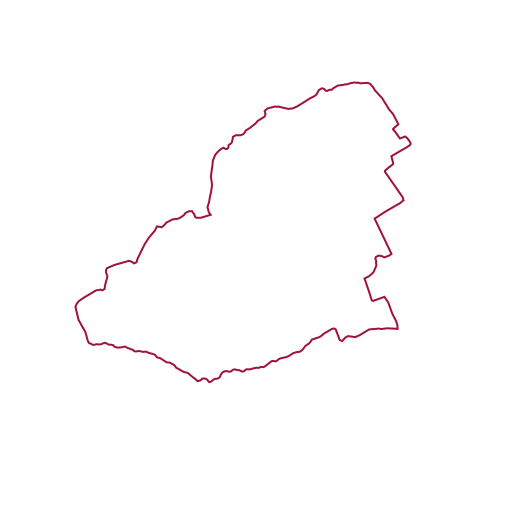 the district of Masagua, Escuintla, Guatemala, rotated 244°
{"feature_id": "79465075B43224707646328", "entity_name": "Masagua", "entity_type": "district", "adm_level": 2, "iso_a3": "GTM", "parent_name": "Guatemala", "parent_adm1": "Escuintla", "projection": "robinson", "projection_center": [-90.832, 14.098], "detail": "fine", "context": "isolated", "style": "outline", "palette": "rose", "viewbox_px": 512, "rotation_deg": 244, "n_neighbors": 0, "source": "geoboundaries", "source_scale": "gbopen_adm2", "svg_char_len": 5383}
<svg xmlns="http://www.w3.org/2000/svg" viewBox="0 0 512 512"><g transform="rotate(244 256 256)"><path d="M169.0,148.7L168.8,150.4L168.6,151.1L168.7,151.7L168.9,152.8L169.3,153.6L169.1,154.9L168.5,156.0L167.7,156.9L167.2,157.4L166.2,157.9L165.0,158.2L164.1,158.4L163.5,158.5L162.9,159.1L162.8,160.1L163.0,161.2L163.3,162.7L163.5,163.5L163.6,164.2L163.5,165.2L163.3,166.0L162.9,166.8L162.7,168.4L162.7,169.4L163.1,170.6L163.8,171.3L164.7,172.3L165.3,173.2L165.8,174.3L166.1,175.1L166.2,175.8L166.1,176.7L166.0,177.6L165.8,178.4L165.4,179.1L164.9,179.7L164.3,180.5L163.7,181.3L163.4,181.9L163.3,183.1L163.5,183.8L163.7,184.9L163.8,185.8L163.6,186.7L163.3,187.4L162.9,187.9L162.2,188.6L161.5,189.5L160.9,190.5L160.6,191.0L159.9,191.6L159.1,192.1L158.5,192.6L157.9,193.3L157.7,194.5L157.9,195.4L158.3,196.7L158.3,197.7L158.1,198.4L157.4,199.6L156.8,200.9L156.6,201.6L156.4,203.0L156.2,204.3L156.0,205.1L155.6,206.4L155.4,207.3L155.1,208.0L154.7,208.5L154.4,209.1L154.2,210.1L154.2,211.4L153.8,212.5L153.3,213.2L152.9,213.9L152.8,214.7L152.9,215.9L153.8,219.8L154.4,222.8L154.6,224.0L154.5,224.8L154.1,225.5L153.6,226.2L153.2,226.7L152.8,227.3L152.6,228.0L152.7,229.0L153.1,230.1L153.3,231.0L153.3,231.9L153.3,232.9L153.1,233.7L152.9,234.8L152.6,235.7L152.4,237.1L152.0,238.2L151.8,239.5L151.8,240.8L151.8,241.9L151.9,243.1L152.1,244.6L152.3,246.0L152.3,247.5L152.1,248.3L152.0,249.0L151.9,250.0L151.5,251.3L150.7,253.6L151.2,256.5L153.5,260.9L154.2,265.6L155.6,268.4L156.4,269.6L155.3,277.4L155.8,281.2L156.4,282.0L157.2,292.7L156.4,294.7L155.1,295.5L143.9,294.4L141.8,296.1L143.5,300.5L143.7,302.6L143.6,303.7L142.2,305.8L139.6,309.6L139.4,314.4L140.4,325.5L138.7,329.9L136.8,334.9L135.6,336.2L133.4,342.5L131.8,345.3L129.4,349.7L128.4,351.3L131.7,352.7L136.0,353.4L144.2,353.2L156.3,354.5L163.0,353.5L164.3,341.6L165.4,340.6L171.8,341.6L188.2,343.7L188.3,349.2L189.9,354.4L193.7,359.0L195.2,360.3L196.3,360.5L198.9,361.9L201.4,362.1L202.5,363.3L202.6,366.4L200.5,369.3L198.5,370.7L198.0,375.9L198.5,378.7L237.6,379.0L237.8,380.3L237.9,381.9L239.2,391.9L240.4,408.9L241.1,411.4L241.2,412.3L241.3,413.0L244.4,413.6L275.3,408.8L276.0,409.2L276.7,411.1L278.3,418.6L278.5,419.5L279.8,420.1L285.8,421.3L286.4,421.5L287.6,439.0L288.3,443.4L289.3,444.3L290.7,444.4L295.4,443.7L298.0,442.5L298.5,437.8L298.6,436.9L308.8,435.1L309.5,434.7L310.3,435.1L311.7,440.8L312.0,441.7L323.5,441.4L329.2,439.9L342.3,438.6L352.9,435.5L356.3,435.3L359.9,434.2L360.5,434.3L362.7,432.2L364.6,427.6L365.4,425.6L367.1,423.7L367.3,422.8L368.6,421.0L369.9,416.9L370.4,412.8L371.4,411.0L371.5,409.6L373.3,404.3L372.9,399.1L372.2,396.9L373.2,394.9L373.2,392.1L374.3,391.0L376.4,390.4L377.1,389.7L377.9,388.5L377.5,385.0L375.3,382.2L374.7,381.1L374.1,378.8L374.0,373.8L372.4,358.7L372.4,357.3L372.6,353.7L374.0,349.6L380.7,341.3L380.9,340.3L382.0,338.6L383.6,330.9L382.5,327.3L379.5,326.8L377.5,324.8L376.7,316.8L375.3,313.6L373.7,306.2L373.3,301.7L372.3,300.7L371.0,297.6L371.4,294.7L373.4,290.8L373.2,287.6L369.4,284.7L368.8,284.2L368.4,283.6L368.2,283.0L368.0,282.4L367.9,280.9L367.7,280.0L366.8,279.4L365.8,278.9L365.1,277.9L365.0,277.0L365.3,275.9L365.8,275.3L366.7,274.8L367.6,274.2L367.4,270.8L366.0,266.3L364.7,263.6L360.6,259.0L356.6,256.6L355.9,256.1L347.3,250.3L339.2,247.7L332.4,243.1L330.5,241.3L325.2,237.6L321.2,233.8L316.0,232.8L312.9,233.3L314.6,222.9L316.6,219.1L317.5,218.5L321.3,218.8L322.1,218.4L322.9,218.3L323.5,218.2L324.3,218.2L325.7,215.0L325.5,211.2L324.5,209.5L324.2,208.5L324.0,206.9L323.6,204.4L323.8,201.9L325.5,196.9L325.3,190.2L323.6,186.1L323.3,183.7L326.0,180.0L323.1,176.1L319.4,167.7L315.4,161.1L305.7,148.6L302.8,145.9L302.8,143.2L305.0,142.0L307.3,139.9L310.0,124.9L310.4,116.9L309.3,115.2L307.2,114.1L302.6,113.4L296.2,107.8L292.8,105.5L292.5,102.9L294.1,101.3L294.2,100.3L295.2,97.3L294.0,82.7L293.1,76.9L291.7,73.9L289.4,71.4L276.3,68.5L262.3,69.3L253.4,67.6L250.7,67.8L250.2,68.5L249.4,69.3L248.7,69.6L247.9,70.2L247.2,71.3L247.0,72.3L246.7,73.5L246.6,74.1L246.0,75.0L245.5,75.9L245.0,76.8L244.8,77.3L244.6,78.2L244.5,79.1L244.5,79.7L244.5,80.7L244.4,81.8L244.1,82.4L243.4,83.0L242.9,83.4L242.1,83.9L241.2,84.6L240.5,85.4L240.2,86.1L239.7,87.0L239.3,87.6L238.7,88.3L237.8,88.7L236.8,89.0L236.3,89.3L235.6,89.9L234.9,90.7L234.2,91.7L233.9,92.4L233.6,93.3L233.0,94.8L232.7,95.7L232.4,97.0L232.3,97.8L232.0,98.4L231.4,99.1L230.8,99.5L229.9,100.0L229.2,100.6L228.7,101.3L228.2,101.8L227.6,102.2L226.9,102.9L226.4,103.5L225.8,104.1L225.0,104.4L224.0,104.7L223.4,105.3L223.0,106.0L222.7,106.7L222.4,107.6L222.1,108.6L221.8,109.3L221.4,109.9L221.0,110.4L220.3,111.3L219.7,111.9L219.3,112.5L219.1,113.0L218.7,114.1L218.4,114.9L217.9,115.4L217.2,116.1L216.5,116.7L215.5,117.6L214.5,118.8L213.8,119.6L213.2,120.4L212.4,121.1L211.8,121.7L211.1,122.0L210.5,122.1L209.8,122.2L209.0,122.4L208.0,122.9L207.6,123.3L207.1,123.9L206.5,124.7L206.1,125.2L205.6,125.5L204.5,126.1L203.2,126.9L201.9,127.7L200.8,128.3L200.0,128.8L199.5,129.2L198.9,130.0L198.5,131.1L197.9,131.8L197.4,132.1L195.3,133.7L193.4,134.8L192.4,135.0L191.5,135.1L190.6,135.3L189.6,136.0L188.7,136.7L188.0,137.1L187.1,137.8L185.3,138.9L184.6,139.4L184.0,139.8L183.5,140.3L183.0,140.7L182.4,141.5L181.9,142.2L181.5,142.7L180.7,143.4L180.1,143.7L179.4,144.1L178.5,144.4L177.5,144.9L174.8,146.1L173.7,146.7L172.5,147.4L171.6,147.8L170.6,148.1L169.8,148.4L169.0,148.7Z" fill="none" stroke="#9f1239" stroke-width="2"/></g></svg>